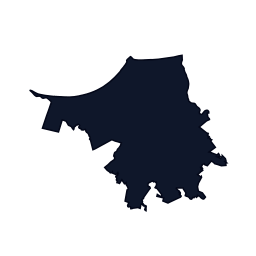 outline of Centla, Tabasco, Mexico, rotated 8°
{"feature_id": "50627088B3950990861765", "entity_name": "Centla", "entity_type": "district", "adm_level": 2, "iso_a3": "MEX", "parent_name": "Mexico", "parent_adm1": "Tabasco", "projection": "robinson", "projection_center": [-92.665, 18.354], "detail": "fine", "context": "isolated", "style": "filled", "palette": "ink", "viewbox_px": 256, "rotation_deg": 8, "n_neighbors": 0, "source": "geoboundaries", "source_scale": "gbopen_adm2", "svg_char_len": 5906}
<svg xmlns="http://www.w3.org/2000/svg" viewBox="0 0 256 256"><g transform="rotate(8 128 128)"><path d="M171.4,48.5L168.0,49.6L163.5,51.4L148.5,55.7L142.5,57.0L140.3,57.3L132.9,58.7L128.6,59.3L126.2,59.4L124.9,59.4L124.1,59.2L123.1,58.9L122.2,58.0L120.9,57.1L120.5,57.0L117.8,60.2L117.3,61.2L117.7,62.6L117.5,63.5L116.9,64.8L117.0,64.9L115.8,66.9L115.4,67.7L115.1,68.3L113.2,71.3L112.4,73.2L110.0,76.7L107.8,79.8L103.5,85.0L101.0,87.5L97.4,90.9L94.5,93.1L92.0,94.9L88.5,97.1L88.2,97.2L87.9,97.4L87.9,97.5L87.7,97.5L86.1,98.4L85.5,98.7L82.6,100.1L78.5,101.8L76.8,102.4L75.1,103.1L70.3,104.6L65.5,105.6L59.2,106.3L58.8,106.3L53.5,106.8L53.1,106.8L51.1,107.0L50.8,106.9L50.3,107.1L47.1,107.2L41.3,107.3L37.0,107.1L34.6,106.9L33.3,106.6L31.4,106.0L27.6,104.5L25.4,104.2L28.3,106.2L30.9,108.4L32.3,109.2L33.1,109.4L35.5,108.8L36.6,108.8L37.5,109.2L38.9,110.2L39.7,110.3L40.3,110.2L41.5,109.7L42.2,109.5L43.3,109.4L44.0,109.7L46.3,111.1L47.9,112.3L48.3,112.8L48.5,114.6L48.4,114.8L48.2,114.8L47.0,121.1L45.7,127.3L43.3,140.1L59.7,141.6L61.7,129.2L63.4,129.3L64.4,129.6L65.7,129.8L67.3,131.8L68.5,133.4L69.3,133.8L70.4,134.0L71.6,134.5L72.0,134.8L73.2,136.3L74.3,137.2L74.5,136.8L74.6,135.7L74.5,134.4L75.1,134.1L75.4,133.8L76.0,133.0L76.4,132.2L76.6,132.1L77.2,132.2L77.7,131.5L78.0,131.2L78.3,131.2L79.8,132.2L79.6,132.9L79.2,133.6L79.1,133.9L79.3,134.4L79.9,135.0L80.2,135.1L80.8,135.0L81.4,135.2L81.7,135.5L81.9,136.1L82.3,136.3L82.8,136.3L84.1,136.2L85.0,135.7L85.6,135.3L86.3,135.7L86.5,136.1L86.7,136.9L86.9,137.3L87.8,138.1L89.0,138.6L89.2,139.0L89.9,139.7L90.2,140.4L90.7,140.8L90.9,141.2L90.7,141.4L90.8,141.5L91.5,142.2L91.9,142.9L91.9,143.2L91.5,144.2L91.5,144.4L91.8,144.7L92.6,145.1L92.6,145.3L94.8,150.7L96.3,154.4L98.4,153.1L113.6,141.8L117.0,142.7L120.2,143.1L123.5,143.7L123.0,146.4L121.8,148.9L120.6,150.5L120.2,152.2L119.9,152.7L119.3,153.4L118.8,153.6L118.2,154.4L117.8,156.7L117.8,157.8L118.6,157.9L118.7,158.8L119.0,160.3L119.0,161.0L115.6,164.2L113.4,167.1L110.4,170.3L113.3,172.8L115.8,174.0L116.6,174.8L117.2,174.8L118.4,174.4L118.6,174.0L118.7,174.7L122.6,175.8L124.1,173.5L124.7,174.6L124.4,174.9L124.3,175.5L124.4,176.2L124.1,176.7L123.0,177.2L122.7,177.6L122.7,177.9L122.9,178.3L123.6,178.9L124.0,179.7L124.0,180.1L123.7,180.7L123.7,181.0L123.9,181.3L124.8,181.7L124.9,182.0L124.6,182.9L124.6,183.4L124.7,183.7L125.8,183.7L127.3,184.1L129.1,180.1L132.2,183.7L133.7,182.4L133.9,184.1L135.5,185.9L136.6,187.7L136.5,188.8L136.2,189.4L135.7,189.5L135.3,200.8L139.2,201.7L138.5,204.2L138.8,204.2L138.6,205.1L138.7,205.7L139.1,206.0L139.7,206.1L140.9,205.6L141.4,205.7L141.8,206.2L142.0,207.5L143.1,207.3L144.1,206.7L148.9,205.4L151.2,205.9L151.5,201.6L152.0,201.7L152.4,201.5L152.8,201.6L153.7,202.6L154.2,203.0L154.7,203.0L155.4,202.8L155.7,203.0L155.9,203.8L156.4,204.7L156.3,205.1L155.9,206.0L155.9,206.5L156.3,206.9L157.3,207.4L157.3,206.7L157.0,205.0L156.9,202.8L154.0,201.8L153.5,200.9L152.6,200.9L152.6,198.8L151.7,196.8L153.1,195.8L153.2,195.2L152.9,195.1L153.0,194.8L158.2,184.6L158.3,184.6L158.2,184.0L157.6,183.2L157.3,183.1L156.5,183.3L156.2,183.1L155.6,181.5L155.6,181.0L155.8,179.5L156.1,179.3L156.5,179.3L158.7,177.6L159.7,177.2L160.1,176.9L160.3,176.9L160.6,177.1L160.7,177.7L160.8,177.8L161.8,177.4L162.4,177.5L162.7,177.8L163.5,177.5L163.7,177.9L163.7,178.4L164.2,180.6L163.1,183.3L164.2,183.7L164.8,183.5L170.4,188.9L170.9,191.1L169.4,191.1L166.3,189.7L166.1,191.6L173.1,192.3L172.7,195.4L176.6,196.4L177.9,196.7L178.4,196.5L179.0,196.0L187.7,190.3L189.2,189.4L189.6,189.1L190.1,188.3L190.0,187.8L189.0,187.4L188.1,186.8L188.2,186.0L188.5,185.3L188.9,186.5L189.0,186.4L188.8,184.8L188.2,184.5L187.8,184.8L187.5,184.4L187.7,183.6L187.6,183.4L186.1,182.7L185.8,182.4L184.6,181.7L184.2,181.3L184.3,180.7L190.8,179.7L191.3,180.7L194.4,184.2L194.1,187.0L195.3,187.4L196.8,187.6L198.0,188.1L198.3,188.4L199.1,189.3L199.6,189.6L200.5,189.7L201.0,189.5L201.3,188.8L201.6,187.8L201.9,187.7L202.4,187.7L203.0,187.9L203.6,186.7L204.3,186.6L204.7,186.6L205.6,187.1L205.8,186.6L206.0,186.3L206.1,185.1L206.8,185.6L206.9,185.3L207.2,185.1L207.5,185.1L208.0,185.3L209.8,186.8L210.9,187.4L211.7,187.8L212.7,187.8L212.7,187.6L213.0,187.5L213.4,187.1L214.3,185.6L210.7,181.9L206.5,180.8L205.0,176.5L205.4,172.8L207.7,166.6L207.3,165.6L206.8,166.3L203.4,164.4L205.8,161.7L205.8,161.0L206.7,160.8L207.9,159.5L207.0,158.7L207.6,158.0L207.0,157.2L205.9,158.3L205.3,156.8L206.1,156.3L206.4,154.7L206.6,154.6L206.8,154.1L206.7,153.9L208.5,152.7L209.1,153.7L211.8,154.3L212.2,153.7L215.1,149.1L217.6,150.2L218.3,150.9L218.9,151.3L221.5,151.6L225.7,152.4L230.2,151.4L229.6,149.1L230.6,148.8L228.6,147.6L229.7,147.1L228.7,144.8L225.2,142.2L225.3,142.7L223.8,145.4L223.1,145.2L222.3,144.7L220.5,144.2L223.2,143.4L222.6,143.0L222.2,142.0L221.2,140.7L219.8,142.3L214.8,141.1L213.6,140.7L211.6,140.5L217.2,135.0L211.8,129.6L211.9,129.4L211.9,128.9L212.5,128.1L211.0,127.8L211.1,127.5L211.0,126.8L210.0,126.8L209.7,126.6L209.6,125.6L209.7,125.3L209.3,125.1L208.8,125.8L208.8,125.2L208.7,125.0L208.3,124.5L207.8,124.4L207.8,124.0L208.3,122.5L207.8,122.0L207.6,122.1L207.5,122.5L198.4,117.1L204.8,110.0L207.5,108.3L207.3,107.6L205.9,106.4L205.4,105.7L204.4,102.3L205.9,101.9L205.7,100.7L205.5,100.3L204.9,99.8L204.5,99.5L203.8,99.4L202.8,99.7L202.0,100.2L201.6,100.5L200.6,102.0L199.7,103.7L199.4,104.1L198.7,104.4L198.2,104.3L197.1,103.8L196.7,103.4L196.6,103.1L196.5,102.6L196.5,102.0L196.8,100.4L196.7,99.9L196.2,99.1L195.5,98.4L193.1,97.1L191.5,95.2L191.0,94.7L190.2,94.4L187.9,94.5L187.0,94.4L185.0,93.3L184.4,92.7L184.2,92.3L183.9,91.3L183.1,90.0L182.3,87.3L181.6,85.9L181.3,84.9L181.3,83.5L181.5,82.3L182.0,80.3L182.0,76.8L181.9,75.7L181.3,73.6L180.8,72.3L180.3,71.3L178.9,69.0L178.7,68.3L178.1,67.0L176.6,64.9L176.0,63.7L175.3,62.1L175.3,61.2L174.4,60.0L172.8,58.6L172.1,57.7L171.8,56.5L171.8,55.3L172.3,52.9L172.1,52.4L171.4,48.5Z" fill="#0f172a" stroke="#020617" stroke-width="1.5"/></g></svg>